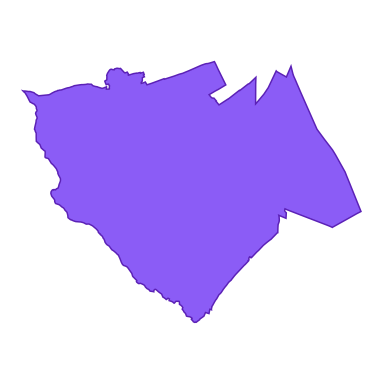 the district of Jaristea, Vrancea, Romania
{"feature_id": "2599482B16712539339151", "entity_name": "Jaristea", "entity_type": "district", "adm_level": 2, "iso_a3": "ROU", "parent_name": "Romania", "parent_adm1": "Vrancea", "projection": "albers", "projection_center": [27.038, 45.796], "detail": "fine", "context": "isolated", "style": "filled", "palette": "violet", "viewbox_px": 384, "rotation_deg": 0, "n_neighbors": 0, "source": "geoboundaries", "source_scale": "gbopen_adm2", "svg_char_len": 5761}
<svg xmlns="http://www.w3.org/2000/svg" viewBox="0 0 384 384"><path d="M361.0,211.5L349.8,183.7L346.5,175.6L345.1,172.0L343.8,169.7L340.9,164.5L335.5,154.8L332.5,149.9L324.3,139.2L317.0,129.3L310.7,115.0L307.9,108.7L300.9,92.8L296.8,83.3L295.5,80.2L293.7,76.2L292.9,73.8L291.0,66.2L286.4,77.0L276.8,71.6L276.2,70.9L271.1,81.7L268.3,87.6L263.8,94.3L261.6,96.9L256.0,103.6L255.6,104.0L255.7,84.1L255.9,77.3L249.3,83.6L248.0,84.1L239.7,90.6L239.4,90.3L228.3,99.0L228.2,98.9L219.0,104.9L216.0,101.2L216.3,100.9L213.9,98.1L212.9,98.2L211.4,97.6L209.1,94.7L215.3,91.0L218.7,89.2L225.8,84.9L218.1,69.3L215.9,64.5L215.1,62.9L214.4,61.6L208.9,63.3L207.3,63.6L206.5,63.6L204.9,64.0L201.2,65.3L189.2,70.6L186.0,71.9L182.7,73.3L179.3,74.2L174.1,76.1L164.4,79.2L164.1,78.7L159.2,80.5L151.6,83.3L147.0,84.8L145.3,82.0L143.2,82.9L141.3,83.4L141.2,82.4L142.3,81.0L142.4,77.6L144.4,76.8L143.4,75.0L144.2,74.6L143.4,72.3L140.4,73.2L140.1,72.5L136.9,73.3L136.7,73.1L133.6,73.6L127.8,75.4L128.4,74.8L128.6,74.5L128.5,74.0L128.2,73.6L127.2,72.1L125.1,72.9L124.3,72.5L120.5,68.4L119.7,68.6L117.0,68.2L114.6,68.9L114.4,69.2L114.3,69.7L113.0,69.7L111.1,69.2L110.1,69.6L109.2,70.6L107.5,73.3L106.7,75.4L106.9,76.4L106.8,79.8L104.8,81.1L105.5,83.2L106.2,84.7L108.0,84.1L108.6,84.2L108.9,85.0L109.5,85.7L109.3,87.8L109.4,88.8L109.0,89.1L108.2,89.1L106.6,89.2L106.3,89.1L106.5,87.9L106.5,86.8L103.8,87.9L102.1,88.4L98.2,87.2L97.3,86.8L95.0,86.4L94.1,86.1L93.4,85.9L92.6,85.5L91.9,84.7L91.3,84.2L89.7,84.2L87.6,84.0L87.2,84.1L85.8,84.4L83.1,84.6L81.6,84.6L79.4,84.9L74.2,85.7L72.8,86.4L70.8,87.0L69.6,87.5L67.4,87.9L66.0,88.3L61.2,90.0L59.5,90.1L58.4,90.5L57.9,90.4L57.3,90.8L56.3,91.2L55.4,91.4L54.5,91.8L51.6,93.3L50.4,94.1L48.8,94.8L38.6,95.8L37.8,95.3L35.4,93.9L34.5,93.2L34.0,92.7L32.1,92.1L30.1,91.5L28.3,91.5L27.2,91.3L24.8,91.0L23.7,91.1L23.0,90.9L23.5,91.5L25.5,93.3L25.7,93.9L26.9,95.8L28.4,98.7L28.9,99.8L30.1,102.0L30.4,102.3L31.0,102.4L31.9,103.0L32.5,103.4L33.7,103.9L34.3,104.3L35.2,105.3L35.6,105.8L36.3,107.0L36.3,107.7L36.3,108.2L36.4,108.7L37.0,110.2L36.9,111.0L36.3,111.7L35.9,112.3L35.7,113.0L35.6,113.5L36.0,114.8L36.6,116.2L37.1,117.5L37.1,118.1L36.9,118.8L36.4,119.6L36.2,120.2L36.0,122.2L35.4,124.8L34.9,126.9L34.5,129.0L34.5,129.4L34.9,129.9L35.2,130.9L35.4,131.6L36.0,132.7L36.2,133.5L36.2,134.9L36.2,135.5L36.2,137.2L36.3,141.3L38.5,143.4L39.6,144.2L40.1,145.0L41.2,148.0L44.2,150.6L45.1,151.2L45.2,152.6L45.0,157.0L45.5,157.7L48.4,158.6L51.5,163.6L52.1,163.9L53.6,165.4L56.3,168.7L57.0,170.3L57.9,172.2L57.8,173.1L58.4,174.8L59.4,176.6L60.4,178.5L60.5,180.1L60.4,181.1L59.1,184.5L58.8,185.8L58.2,187.9L57.5,188.3L56.2,189.0L55.6,189.8L54.3,189.6L53.8,189.9L53.7,189.6L52.4,189.9L51.4,191.2L51.0,192.0L50.9,193.7L51.2,194.6L51.6,195.8L51.9,196.4L54.1,199.1L54.7,200.2L54.7,201.5L55.2,202.9L55.8,203.6L57.7,204.2L59.4,204.8L62.2,207.2L62.9,207.6L63.4,207.8L64.3,208.9L64.5,209.3L64.6,209.7L67.0,212.3L67.8,215.3L68.0,217.7L70.1,219.4L70.8,219.8L71.0,219.7L71.7,220.1L72.4,220.3L73.0,220.7L75.7,221.6L80.9,222.0L83.5,222.7L86.2,224.1L89.0,224.0L92.5,225.8L96.2,228.9L98.0,230.9L98.4,232.4L99.1,233.2L100.3,234.1L100.2,234.5L101.5,235.5L102.3,236.3L102.9,237.3L103.0,237.9L103.7,238.8L104.0,239.1L104.6,240.6L105.1,242.3L106.3,244.0L107.1,244.8L109.2,246.1L111.0,248.7L112.0,249.9L113.4,250.7L115.7,252.6L117.7,254.7L118.3,254.9L120.0,258.7L121.5,262.6L122.5,264.4L123.5,265.4L125.8,266.2L126.7,266.7L127.5,267.3L131.8,273.4L132.6,276.1L133.0,276.7L136.8,280.5L136.4,281.4L136.6,281.9L136.7,282.1L137.3,282.6L138.4,283.5L139.0,283.6L139.6,283.5L140.3,283.3L141.2,283.6L143.4,284.6L144.5,285.4L145.0,286.2L145.4,287.0L147.0,288.6L148.9,289.6L149.9,291.0L150.5,291.2L152.6,291.5L153.8,291.8L153.8,290.9L153.9,290.4L154.2,290.0L155.1,289.3L155.9,289.5L156.4,289.9L158.5,291.8L160.8,293.5L161.6,294.0L162.9,297.1L164.0,297.7L165.4,298.7L166.2,299.5L166.6,299.5L167.5,298.5L167.9,298.3L168.2,298.3L168.7,298.6L169.4,299.0L169.1,300.6L171.8,301.5L172.7,302.0L174.1,303.2L174.6,302.9L175.8,301.4L176.0,301.3L177.9,301.3L178.9,301.3L179.2,301.4L179.3,301.6L179.4,301.9L179.4,303.3L179.6,303.6L179.5,304.4L180.8,305.2L181.7,306.0L182.2,306.6L182.8,307.5L182.7,307.9L182.4,308.7L182.2,309.2L183.5,310.8L183.6,311.2L183.8,311.6L184.4,312.4L185.5,313.4L186.5,316.1L186.8,316.2L187.9,316.5L188.4,316.6L189.1,316.6L190.1,316.9L190.9,317.3L191.3,317.6L191.6,317.8L192.0,318.2L192.0,318.4L192.0,318.6L191.7,318.8L191.4,319.0L191.3,319.3L191.9,320.0L192.5,320.5L192.9,321.0L193.1,321.4L193.2,321.6L193.4,321.8L194.5,322.3L194.9,322.4L195.2,322.3L195.6,322.1L196.1,322.3L196.3,322.2L196.7,321.9L197.6,321.2L199.4,319.9L199.7,319.6L200.0,319.0L200.2,318.7L201.1,318.2L203.9,316.2L204.0,316.0L205.5,312.5L209.0,313.6L209.8,309.3L211.5,309.8L211.4,309.0L211.5,308.5L211.8,307.6L211.8,306.6L212.0,306.3L212.3,306.0L214.6,301.8L215.9,299.7L216.4,299.2L216.9,298.4L217.3,297.7L218.4,295.7L219.2,294.4L220.2,293.7L221.3,292.4L223.4,289.2L224.9,287.2L226.5,285.3L228.0,283.2L228.5,282.5L229.2,281.8L231.3,280.0L231.5,279.6L234.4,275.9L235.8,274.3L239.0,270.9L244.6,264.9L245.0,264.7L248.6,260.8L248.2,260.5L248.7,260.0L248.9,259.7L249.0,259.4L249.0,259.1L248.8,258.7L248.8,258.3L248.9,258.0L249.4,257.3L249.5,256.9L249.9,256.7L250.4,257.4L250.5,257.6L250.9,257.7L251.4,257.6L251.5,257.4L251.6,257.5L256.7,252.1L258.7,250.3L263.3,245.4L265.1,243.9L267.5,241.9L270.5,239.6L270.9,239.4L277.3,232.8L277.8,232.7L277.9,228.0L278.1,224.6L279.0,222.1L279.2,221.2L279.3,220.3L279.3,219.6L279.1,216.8L278.9,215.7L278.8,215.3L286.0,218.3L286.3,212.8L286.0,212.4L285.7,212.2L285.1,211.6L284.9,211.2L284.7,210.5L284.7,210.0L285.0,208.8L287.2,209.8L304.3,216.4L326.7,225.0L329.5,226.1L332.4,227.4L332.6,227.2L346.6,219.4L356.7,213.7L361.0,211.5Z" fill="#8b5cf6" stroke="#5b21b6" stroke-width="1.5"/></svg>